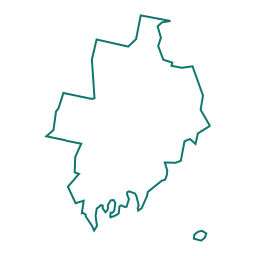 outline of Lincoln, Maine, United States of America
{"feature_id": "52423323B80760419757691", "entity_name": "Lincoln", "entity_type": "district", "adm_level": 2, "iso_a3": "USA", "parent_name": "United States of America", "parent_adm1": "Maine", "projection": "robinson", "projection_center": [-69.539, 44.048], "detail": "fine", "context": "isolated", "style": "outline", "palette": "teal", "viewbox_px": 256, "rotation_deg": 0, "n_neighbors": 0, "source": "geoboundaries", "source_scale": "gbopen_adm2", "svg_char_len": 1335}
<svg xmlns="http://www.w3.org/2000/svg" viewBox="0 0 256 256"><path d="M140.7,15.4L136.1,39.1L134.0,41.1L128.2,46.6L96.6,39.5L96.2,41.3L91.9,59.4L94.5,98.3L91.7,98.9L63.4,93.0L58.5,108.3L56.0,111.5L53.5,130.0L46.4,136.3L64.6,140.1L67.0,140.9L81.2,143.7L75.2,157.1L74.7,172.3L79.0,173.9L67.9,186.7L75.6,203.2L83.7,200.7L81.9,213.0L82.1,212.9L83.5,213.2L85.7,214.7L85.7,216.3L92.0,225.9L94.1,230.5L97.0,225.9L96.3,221.1L95.6,215.9L96.7,208.7L101.2,205.0L102.8,205.9L102.7,208.4L105.5,212.3L107.3,210.4L108.0,208.2L107.9,205.3L110.6,200.4L113.6,200.0L115.3,202.9L114.3,210.7L112.4,212.8L110.6,212.7L110.2,216.8L110.7,217.3L115.5,215.5L118.6,213.6L119.5,206.5L120.4,205.7L121.7,205.5L124.9,207.0L126.6,206.7L128.9,199.1L127.2,194.8L127.1,192.7L127.5,192.0L129.2,191.4L129.3,191.4L135.1,193.6L136.5,196.4L138.7,205.4L137.7,208.3L138.2,210.6L141.7,208.1L147.0,196.1L147.8,191.9L161.8,180.7L165.1,179.7L166.7,175.5L167.3,170.7L164.8,162.5L175.5,162.8L180.8,160.8L184.5,141.3L190.0,139.0L195.5,143.9L197.9,133.4L209.6,126.1L209.6,125.3L200.6,109.8L203.0,95.6L197.5,80.2L192.5,66.3L181.9,67.8L171.5,65.8L172.3,62.6L163.3,59.7L158.2,46.1L160.9,37.7L157.6,26.4L162.0,22.4L170.4,21.0L140.7,15.4ZM194.3,234.7L193.9,238.7L201.2,240.6L204.9,237.7L206.3,233.4L201.9,230.8L197.9,231.8L194.3,234.7Z" fill="none" stroke="#0f766e" stroke-width="2"/></svg>